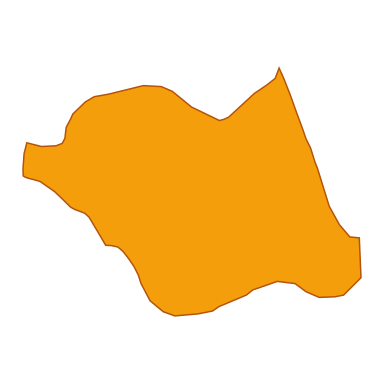 Olintepeque, Quezaltenango, Guatemala
{"feature_id": "79465075B90968408613772", "entity_name": "Olintepeque", "entity_type": "district", "adm_level": 2, "iso_a3": "GTM", "parent_name": "Guatemala", "parent_adm1": "Quezaltenango", "projection": "robinson", "projection_center": [-91.543, 14.895], "detail": "fine", "context": "isolated", "style": "filled", "palette": "amber", "viewbox_px": 384, "rotation_deg": 0, "n_neighbors": 0, "source": "geoboundaries", "source_scale": "gbopen_adm2", "svg_char_len": 972}
<svg xmlns="http://www.w3.org/2000/svg" viewBox="0 0 384 384"><path d="M105.7,245.3L111.4,245.6L117.8,247.0L122.9,251.3L127.8,257.5L134.1,266.7L138.3,275.0L141.0,283.5L150.1,300.8L163.2,311.7L174.9,315.9L197.9,313.9L212.6,311.0L218.9,306.6L246.5,295.0L252.8,289.9L277.3,281.4L295.1,283.6L306.0,291.7L319.2,297.4L334.9,296.8L343.6,295.1L361.0,277.7L359.3,237.9L349.8,236.9L339.4,224.7L329.2,206.2L317.5,168.5L315.0,162.2L310.6,148.1L306.0,138.8L302.5,128.6L296.1,111.3L290.2,94.8L283.7,78.3L279.1,68.1L275.2,78.4L266.5,85.2L254.4,93.4L228.6,117.2L223.7,119.4L219.4,120.5L191.6,107.1L172.4,91.4L161.3,86.6L143.3,85.6L108.4,94.2L94.2,96.7L85.5,101.8L72.9,113.9L70.6,119.0L66.2,127.3L64.9,138.4L62.2,143.4L55.9,145.8L41.4,146.5L26.8,142.8L24.1,153.6L23.0,168.7L23.2,175.9L25.5,177.3L28.9,178.4L34.8,179.9L40.1,181.5L54.7,191.7L64.1,200.7L70.4,207.0L74.4,209.3L79.0,211.0L84.7,213.2L89.0,217.1L98.5,233.0L105.7,245.3Z" fill="#f59e0b" stroke="#b45309" stroke-width="1.5"/></svg>